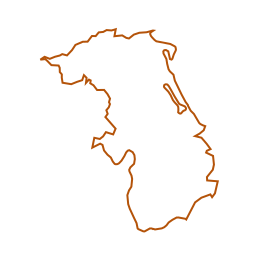 Pap, Namangan, Uzbekistan, rotated 188°
{"feature_id": "79887680B13435458352129", "entity_name": "Pap", "entity_type": "district", "adm_level": 2, "iso_a3": "UZB", "parent_name": "Uzbekistan", "parent_adm1": "Namangan", "projection": "albers", "projection_center": [70.772, 41.09], "detail": "fine", "context": "isolated", "style": "outline", "palette": "amber", "viewbox_px": 256, "rotation_deg": 188, "n_neighbors": 0, "source": "geoboundaries", "source_scale": "gbopen_adm2", "svg_char_len": 2458}
<svg xmlns="http://www.w3.org/2000/svg" viewBox="0 0 256 256"><g transform="rotate(188 128 128)"><path d="M160.6,103.6L153.4,108.6L150.9,107.7L148.6,102.4L144.6,98.7L140.9,96.4L138.4,92.7L136.2,90.6L135.0,90.4L133.4,90.8L132.0,91.8L129.9,94.7L127.7,99.6L126.4,103.6L125.1,105.5L123.7,106.2L120.0,104.7L117.9,102.0L116.9,98.1L117.0,93.4L120.2,89.3L121.0,86.7L120.5,85.2L117.9,81.3L116.8,78.1L116.5,70.4L116.6,70.1L118.3,66.4L119.3,61.4L117.2,52.6L115.0,48.3L109.5,39.8L106.3,35.0L104.5,29.9L103.7,29.3L98.5,27.8L97.2,27.9L92.3,31.6L90.4,31.8L89.3,31.4L88.8,31.6L87.1,31.3L80.6,33.3L78.3,34.8L76.3,37.0L74.6,40.1L71.2,43.3L67.4,46.1L65.6,46.4L58.5,46.1L57.6,45.5L51.2,63.7L45.6,69.2L37.2,73.7L35.1,71.2L32.8,75.4L31.7,87.7L42.3,87.1L43.0,90.4L38.2,98.5L37.8,103.7L39.9,112.2L47.2,114.5L46.8,116.4L43.3,118.6L47.9,123.3L53.9,128.6L60.4,129.3L56.3,132.4L52.7,136.3L51.8,140.6L54.3,141.1L56.9,142.0L58.2,142.9L64.7,151.1L68.3,153.8L71.7,158.4L71.9,159.1L74.6,161.8L79.6,168.6L88.2,181.4L90.4,187.1L94.4,189.9L96.0,191.8L98.1,196.9L99.6,201.7L103.2,206.7L103.7,208.8L102.9,210.1L101.3,210.5L98.8,209.5L96.0,202.1L94.4,201.8L93.7,202.7L92.9,207.2L91.5,211.5L91.5,212.6L92.2,214.7L93.1,215.4L97.8,217.1L112.0,217.8L113.8,218.8L114.0,218.9L117.0,221.3L118.2,222.5L119.2,224.3L118.9,225.8L116.4,228.0L116.9,228.0L122.9,225.4L130.0,223.9L135.2,221.3L139.5,216.8L142.2,217.0L146.6,218.9L154.2,217.0L153.9,224.1L157.9,222.3L162.8,222.0L165.9,219.7L170.3,218.6L172.8,214.5L176.5,214.1L180.0,207.9L184.8,207.1L191.6,203.0L194.3,197.3L198.5,191.4L203.4,192.0L205.6,190.3L210.2,188.4L215.1,185.6L220.5,186.9L224.3,183.5L219.5,184.7L217.5,183.4L212.6,179.6L205.4,180.2L204.0,178.1L203.3,173.9L201.0,171.9L200.6,168.7L199.1,163.7L190.3,163.5L184.9,166.6L180.0,169.0L179.0,174.2L176.0,171.9L175.9,166.8L173.4,170.5L171.6,169.9L171.6,167.0L168.1,165.5L163.9,161.3L157.0,162.4L153.0,158.7L149.9,154.6L150.4,150.9L149.2,149.2L149.9,145.8L151.9,142.6L150.1,139.2L151.9,135.7L140.2,125.6L141.8,119.6L149.3,120.8L151.5,116.2L154.4,113.2L160.0,113.6L160.6,103.6ZM95.0,176.5L93.4,175.1L90.5,171.4L86.3,165.8L80.8,159.2L79.7,158.6L76.9,157.9L74.7,157.3L73.6,156.2L73.2,155.2L73.4,154.2L74.2,153.4L75.4,152.8L76.2,151.9L76.9,150.7L77.7,149.7L78.5,149.5L79.7,149.9L80.5,150.5L80.6,152.6L80.9,154.6L81.3,156.1L82.2,157.3L85.6,160.1L87.4,161.9L90.4,166.5L93.1,169.6L97.8,173.3L98.2,174.3L98.1,175.5L97.1,176.4L96.0,176.6L95.0,176.5Z" fill="none" stroke="#b45309" stroke-width="2"/></g></svg>